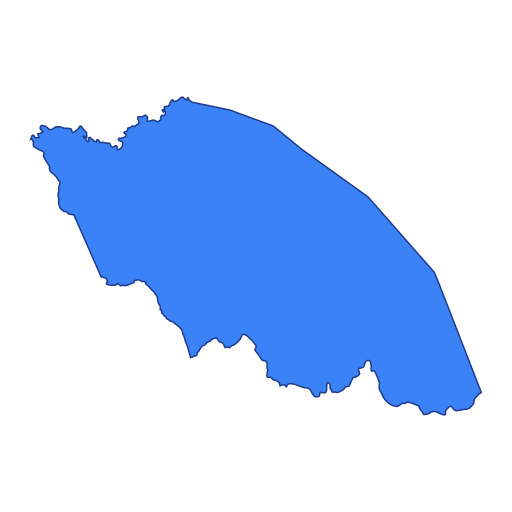 El Paraiso, El Paraíso, Honduras
{"feature_id": "27666195B18582423233621", "entity_name": "El Paraiso", "entity_type": "district", "adm_level": 2, "iso_a3": "HND", "parent_name": "Honduras", "parent_adm1": "El Paraíso", "projection": "natural_earth1", "projection_center": [-86.568, 13.849], "detail": "fine", "context": "isolated", "style": "filled", "palette": "blue", "viewbox_px": 512, "rotation_deg": 0, "n_neighbors": 0, "source": "geoboundaries", "source_scale": "gbopen_adm2", "svg_char_len": 6012}
<svg xmlns="http://www.w3.org/2000/svg" viewBox="0 0 512 512"><path d="M190.6,357.6L196.6,355.4L197.4,352.7L199.2,350.8L199.8,349.3L201.8,346.5L203.2,345.5L205.2,344.7L206.8,342.7L210.2,341.0L212.9,338.7L215.7,338.1L217.0,338.4L219.2,341.5L220.7,342.3L222.5,342.9L223.1,343.4L225.1,347.6L225.6,347.6L226.3,347.1L227.1,346.9L229.8,347.6L230.9,346.2L234.4,344.7L237.6,342.0L240.5,338.8L241.9,335.2L242.9,334.3L243.5,334.2L246.0,335.1L248.7,337.2L250.3,339.1L251.9,340.2L253.3,342.2L255.5,344.7L256.1,345.7L256.1,347.3L255.0,349.4L255.1,350.3L259.2,355.8L261.7,359.8L262.6,360.4L265.4,361.0L266.1,361.5L266.6,362.3L267.1,363.8L267.0,368.1L268.0,369.9L267.5,370.9L267.2,372.2L266.9,375.9L267.1,376.6L267.7,377.3L268.1,377.4L269.8,377.2L270.9,377.4L271.7,378.0L273.2,379.8L276.0,380.4L277.9,381.6L278.8,382.4L279.5,383.3L280.0,385.8L282.3,385.0L284.4,384.9L284.9,385.2L285.8,386.5L286.4,386.8L286.7,386.5L287.1,385.2L288.2,384.2L289.4,383.7L291.1,383.7L295.7,384.5L297.7,385.4L302.8,387.3L305.0,387.8L307.3,387.9L308.3,388.2L309.3,388.8L310.1,389.6L311.1,391.2L312.2,393.6L314.1,396.0L315.0,396.7L318.0,396.8L318.9,396.5L319.5,395.5L320.0,392.8L320.4,392.3L324.4,392.9L325.2,392.7L325.9,392.2L326.3,391.5L326.6,390.3L326.7,385.7L327.0,384.0L327.3,383.0L327.7,382.6L328.3,382.7L330.2,384.5L330.0,388.2L331.2,389.8L332.0,391.8L332.3,392.2L334.4,392.0L337.0,392.5L339.2,391.9L343.1,389.9L343.9,389.1L344.7,387.5L345.2,387.0L349.1,386.1L352.8,377.9L353.5,377.4L354.9,377.2L356.4,376.8L358.3,375.4L359.6,374.1L359.6,373.7L359.4,372.4L358.5,370.0L358.5,368.7L358.8,368.5L362.1,367.7L363.5,366.9L364.1,365.9L364.8,363.3L365.3,362.2L366.4,360.9L367.3,360.5L369.7,360.6L370.5,361.6L370.6,363.0L371.3,365.7L371.1,368.7L371.3,370.7L371.6,371.1L372.0,371.2L373.4,370.8L374.2,370.9L374.9,371.7L377.1,376.5L379.4,382.5L379.1,387.5L379.3,389.2L381.9,393.9L382.9,396.5L385.2,399.9L386.9,401.8L388.7,403.3L392.0,405.3L396.4,406.5L398.3,406.0L402.7,403.1L404.9,403.5L407.2,402.1L411.0,402.8L418.9,406.0L419.2,406.9L419.3,407.9L419.8,408.4L420.3,409.7L422.0,411.3L423.4,414.1L423.9,414.6L428.4,413.8L429.2,413.5L430.0,412.5L431.1,411.8L434.1,411.5L436.5,411.8L438.6,413.0L442.8,414.7L444.7,414.9L445.1,414.7L445.5,414.0L445.6,411.3L446.1,409.9L449.2,406.9L450.1,406.3L451.6,406.6L452.7,407.7L453.1,408.6L453.9,409.6L455.0,410.3L456.0,410.7L458.0,410.6L461.6,409.7L466.7,409.2L469.9,407.9L472.8,404.7L473.7,403.2L474.1,400.7L474.7,398.6L477.0,396.2L478.5,394.3L481.3,392.5L438.8,283.2L434.3,272.3L368.1,197.0L301.1,148.8L273.3,126.0L229.7,110.0L191.6,102.1L190.2,100.7L189.8,100.9L189.4,100.6L188.4,98.2L187.9,97.6L187.6,97.8L186.8,99.9L186.5,100.1L185.5,99.6L183.1,97.3L182.5,97.1L181.6,97.2L180.6,97.9L177.3,100.6L175.6,101.2L173.5,101.5L173.2,101.0L173.1,100.0L172.5,99.9L171.8,100.1L171.2,100.6L168.7,105.8L168.0,106.2L165.4,106.4L164.3,106.8L164.4,109.3L163.2,109.5L162.2,110.2L163.3,112.0L164.6,110.6L165.1,110.9L165.4,112.4L165.1,114.3L164.6,115.0L164.0,115.4L162.8,115.6L162.0,115.4L161.6,115.6L160.4,117.4L161.0,118.9L160.8,120.0L160.6,120.2L159.7,120.3L158.0,121.8L156.9,121.7L154.9,120.4L153.7,120.1L152.4,120.2L148.7,121.2L147.8,121.2L147.5,120.9L147.3,120.2L147.6,117.3L146.6,116.0L145.6,115.3L144.9,115.3L143.7,116.0L141.9,116.7L140.5,116.8L138.7,116.6L138.2,116.8L137.8,117.6L137.7,118.5L138.1,119.6L138.8,121.0L139.0,122.0L138.9,122.8L138.5,123.6L136.0,125.3L135.3,126.4L132.5,125.9L130.3,127.6L127.9,128.0L127.6,128.5L127.8,129.2L127.7,129.9L127.3,130.7L126.0,131.6L124.4,131.9L124.0,132.5L124.0,132.9L124.3,133.3L126.2,134.5L126.2,135.3L125.8,136.1L124.8,136.9L123.2,137.7L121.2,138.2L118.9,138.3L118.5,138.6L118.4,139.4L118.7,140.2L119.6,140.8L122.0,141.7L122.6,142.7L122.8,143.8L122.4,145.8L121.6,147.5L120.2,148.6L118.2,149.6L117.4,149.5L116.9,149.0L116.8,148.2L117.1,147.5L117.1,147.0L116.8,146.2L116.3,145.7L115.4,145.7L113.2,147.0L112.3,147.2L110.9,146.0L109.9,143.7L109.3,143.1L106.0,143.3L103.6,142.3L100.2,142.7L98.7,140.3L97.5,139.7L97.1,139.7L96.8,140.0L96.5,141.8L95.7,141.9L94.6,141.3L90.0,137.4L88.8,137.8L88.4,138.4L88.4,139.2L89.2,140.4L89.2,141.0L88.4,141.6L87.5,141.5L83.2,136.3L83.3,136.1L83.8,136.2L85.7,137.6L86.3,137.7L86.7,137.5L86.8,136.5L86.5,132.6L85.9,131.8L83.0,128.8L81.5,126.5L80.8,126.1L80.2,126.0L79.8,126.3L78.9,127.9L77.7,129.4L74.0,132.2L72.8,132.7L71.9,131.3L71.3,129.2L70.7,128.8L67.3,128.2L63.9,128.2L60.6,126.9L56.2,126.7L55.4,127.0L52.9,129.0L49.7,129.8L47.0,127.4L45.6,126.3L42.3,125.5L41.6,125.5L41.0,125.9L40.2,127.1L40.1,128.4L40.9,129.6L42.6,131.5L42.7,132.3L41.6,132.6L40.1,133.3L37.8,133.8L38.9,137.3L37.8,137.6L35.3,137.8L33.6,135.3L32.8,135.1L32.3,135.4L31.8,136.2L30.7,139.2L31.3,138.9L32.1,139.6L33.3,141.8L33.6,142.9L33.3,144.1L33.3,145.5L33.6,146.2L34.0,146.8L38.2,149.3L42.4,151.2L43.8,152.2L44.0,153.1L43.5,155.3L43.7,156.7L46.8,162.3L47.6,163.2L48.6,165.0L49.7,166.3L49.3,168.4L49.8,169.6L50.5,171.8L54.1,174.3L54.9,175.6L56.2,176.6L58.9,180.9L59.8,181.8L60.0,182.5L59.9,183.5L58.8,187.0L58.8,191.8L58.1,193.7L58.0,194.6L58.3,196.6L59.0,199.3L58.5,202.0L59.1,205.5L59.9,207.4L60.7,209.0L61.8,209.6L63.7,211.4L66.7,211.9L67.3,212.4L68.2,213.7L69.2,214.3L71.4,214.4L74.0,215.1L101.2,277.0L102.5,277.1L105.2,277.9L106.3,278.5L106.7,279.0L106.8,279.8L107.3,280.4L107.5,281.1L107.4,281.7L106.5,282.6L106.4,283.8L107.4,284.6L111.3,285.3L116.0,285.0L116.8,284.3L117.3,283.2L117.7,283.4L118.6,284.4L119.5,284.8L120.6,285.7L122.8,285.3L124.9,285.6L127.2,285.4L130.6,283.8L131.5,283.7L132.1,283.2L133.6,282.9L134.6,280.6L137.7,279.8L140.3,280.4L141.6,281.5L143.5,281.4L145.8,282.1L146.0,282.4L145.6,283.2L145.9,284.1L146.6,284.8L148.6,286.2L151.2,289.4L153.6,291.5L157.0,296.3L157.8,300.8L158.6,303.5L159.0,304.5L160.0,305.8L160.3,306.8L160.4,307.5L160.1,309.4L161.1,310.0L161.3,310.4L161.8,312.5L161.7,313.1L162.8,313.9L163.8,315.5L165.7,316.7L166.6,318.6L167.8,319.3L168.3,319.4L169.8,321.0L173.1,321.9L175.1,323.9L176.4,324.6L178.8,326.6L182.0,330.1L182.9,334.3L183.8,335.9L185.3,340.9L187.5,346.6L190.6,357.6Z" fill="#3b82f6" stroke="#1e3a8a" stroke-width="1.5"/></svg>